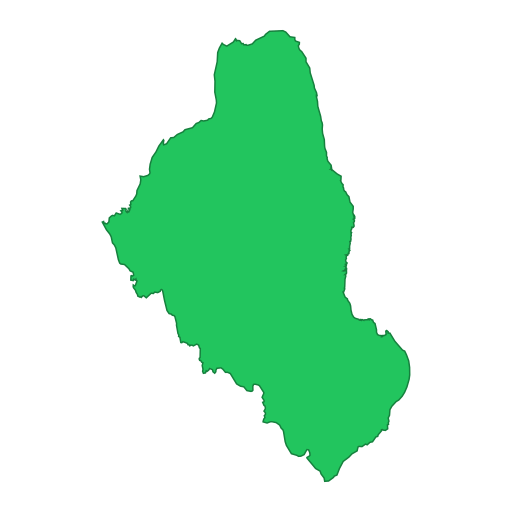 Foro, Semenawi Keyih Bahri, Eritrea
{"feature_id": "51966322B48521373855800", "entity_name": "Foro", "entity_type": "district", "adm_level": 2, "iso_a3": "ERI", "parent_name": "Eritrea", "parent_adm1": "Semenawi Keyih Bahri", "projection": "equal_earth", "projection_center": [39.538, 15.185], "detail": "fine", "context": "isolated", "style": "filled", "palette": "green", "viewbox_px": 512, "rotation_deg": 0, "n_neighbors": 0, "source": "geoboundaries", "source_scale": "gbopen_adm2", "svg_char_len": 6080}
<svg xmlns="http://www.w3.org/2000/svg" viewBox="0 0 512 512"><path d="M263.1,421.9L267.1,423.0L270.1,421.8L272.0,421.7L276.2,422.6L279.7,425.1L281.2,428.2L282.9,429.8L283.5,431.4L285.2,441.7L286.4,445.4L291.4,453.7L296.8,455.3L298.5,456.3L300.8,456.2L304.1,454.6L306.9,449.6L308.6,449.8L309.8,452.8L310.0,455.2L309.4,456.0L306.9,457.5L307.0,458.1L315.6,468.5L320.1,471.1L321.1,474.0L324.1,478.0L324.7,481.3L328.6,481.0L333.5,477.4L334.3,476.1L336.9,475.1L339.5,468.4L343.2,461.4L348.9,457.1L352.0,453.8L357.1,450.9L358.0,447.0L358.9,446.4L362.0,446.6L365.5,444.1L367.2,444.8L370.0,442.3L372.5,441.8L375.9,436.9L377.7,436.4L378.2,434.7L381.6,430.7L381.5,429.7L382.3,429.5L383.2,430.1L385.4,430.4L387.7,428.8L387.4,424.9L388.5,424.4L388.3,422.8L388.9,421.2L388.2,418.0L389.5,415.3L389.9,409.7L391.8,406.3L396.1,401.6L398.8,400.0L402.2,396.2L404.6,392.3L406.9,387.0L409.1,379.3L409.7,375.0L409.6,367.4L408.7,360.9L406.5,354.9L404.7,351.1L402.5,350.1L394.8,341.2L389.9,333.1L388.1,333.0L388.2,331.8L386.7,330.5L385.8,331.1L386.1,334.5L384.4,335.5L382.9,335.5L382.8,336.2L381.9,336.8L381.4,336.8L381.5,335.6L379.0,335.4L377.5,334.5L376.5,332.3L376.5,329.8L375.0,323.5L373.5,322.4L372.6,320.0L371.8,320.0L370.4,318.8L369.1,318.9L369.0,319.7L368.1,319.0L367.7,319.7L364.2,319.9L363.9,320.4L362.3,319.6L361.8,319.6L361.6,320.3L362.0,320.4L361.6,320.5L360.7,319.8L360.5,320.9L360.4,319.9L359.3,320.1L359.0,319.4L355.3,318.3L353.7,317.2L352.0,314.3L351.0,310.2L350.6,305.9L349.8,303.3L347.6,300.2L347.4,298.9L345.1,297.1L343.1,292.1L343.6,292.1L344.8,288.8L344.3,288.1L344.7,287.3L345.0,279.2L345.8,276.0L345.4,275.0L345.9,274.2L345.3,274.3L346.4,273.2L346.6,271.9L346.2,271.5L346.6,269.8L346.3,269.3L345.5,269.4L344.8,270.5L343.9,271.0L343.4,270.9L344.7,270.3L345.2,269.1L346.0,268.4L346.0,268.9L346.5,268.9L346.6,268.3L345.8,267.5L345.9,266.3L345.5,266.2L346.3,265.9L346.4,264.7L344.8,264.4L346.7,263.8L347.1,263.0L345.9,261.9L345.6,259.8L346.4,258.6L346.1,257.7L346.5,255.4L345.8,255.0L346.6,254.8L346.9,255.6L347.8,255.1L348.3,253.3L348.9,253.4L349.1,251.2L349.7,250.6L349.3,250.4L349.5,249.7L348.9,249.0L349.6,248.8L349.6,246.0L350.2,243.4L349.8,241.5L350.6,241.4L351.0,239.2L350.8,237.2L351.3,235.4L351.0,234.0L351.6,232.5L350.9,232.1L350.9,230.5L351.7,228.9L351.8,227.3L352.6,227.5L352.9,226.6L352.9,227.4L353.3,227.3L354.1,226.1L353.5,222.4L354.3,221.7L354.4,220.3L353.3,219.2L354.6,218.6L354.1,218.0L354.9,217.1L354.5,216.0L354.1,216.3L354.1,215.5L353.7,215.7L352.7,212.3L353.2,209.0L353.2,206.3L350.0,202.1L348.9,196.6L347.1,194.8L345.5,191.6L344.6,191.3L343.7,189.6L343.6,188.0L343.0,187.0L343.1,184.7L341.9,183.5L340.5,180.6L340.9,180.3L341.1,176.2L337.2,174.0L332.2,169.9L331.5,170.9L332.0,169.7L331.7,169.1L330.6,169.1L331.1,168.6L331.0,167.5L331.5,167.7L331.1,165.2L327.8,161.2L327.1,158.7L327.2,157.4L326.5,156.0L326.5,152.4L324.9,148.3L324.6,146.3L324.3,139.6L322.6,133.4L322.2,129.1L322.5,125.0L322.1,122.7L321.3,120.8L320.6,116.2L317.8,106.4L317.5,101.5L316.4,96.6L316.4,94.3L316.7,96.1L317.1,95.8L316.5,92.7L314.4,88.0L314.1,85.3L310.2,72.8L309.7,68.0L306.0,61.8L306.0,58.2L301.7,51.6L299.9,50.1L298.9,48.4L298.3,45.8L299.3,44.2L299.4,42.4L295.5,41.0L294.8,39.6L294.8,37.5L290.0,36.8L285.8,32.1L282.9,30.7L269.5,31.3L265.5,34.4L264.4,36.1L255.7,40.2L252.3,43.9L248.0,45.3L246.3,45.2L246.1,44.6L243.9,44.9L243.1,43.5L241.6,43.7L239.7,40.7L237.1,40.4L236.6,40.8L236.2,39.8L235.5,40.0L235.8,39.0L235.5,38.7L233.4,42.0L226.8,46.1L223.4,44.5L222.1,43.2L219.4,48.0L217.7,52.5L217.2,61.8L214.3,74.8L215.0,81.2L214.8,92.1L216.3,99.9L216.5,103.0L214.5,111.9L212.3,117.1L211.3,118.3L208.6,119.0L207.6,120.2L203.6,121.0L201.1,120.5L198.9,122.5L196.2,123.5L192.5,127.7L185.0,129.7L183.0,131.9L177.3,134.5L173.8,137.5L170.7,137.8L166.6,143.8L163.7,144.8L163.3,143.4L163.8,140.4L163.4,139.8L158.9,146.0L156.0,151.9L152.2,157.4L150.2,164.1L149.5,169.2L150.0,172.7L149.6,173.9L147.9,175.4L143.6,176.7L140.1,176.1L140.8,179.8L140.2,183.9L137.0,190.5L136.7,194.0L135.8,196.1L132.8,200.7L131.4,200.9L130.6,202.0L130.8,204.6L129.7,205.1L130.5,206.2L130.7,207.4L130.4,208.0L128.4,208.3L128.4,209.0L129.6,209.0L129.9,209.6L128.8,212.0L128.3,212.0L127.8,210.9L127.1,212.5L126.4,211.9L125.9,211.0L126.1,209.2L125.6,208.5L121.9,208.4L122.6,210.4L120.9,210.8L121.9,212.0L122.0,212.9L120.3,214.4L116.2,213.0L114.4,215.8L112.5,215.4L111.3,216.1L109.3,217.9L108.9,221.9L107.1,223.8L106.0,223.9L105.0,223.1L104.1,223.6L103.6,221.5L102.3,222.1L106.4,229.7L109.9,234.2L111.2,236.8L112.5,242.9L114.3,244.9L115.8,247.8L118.4,259.7L119.7,263.1L120.8,264.0L124.5,264.5L128.9,268.7L130.1,270.8L133.1,272.2L133.7,275.2L132.4,276.1L131.5,275.6L131.0,275.9L130.8,280.1L133.2,280.6L133.8,279.1L135.1,280.0L135.9,279.0L136.2,280.3L137.0,280.9L135.3,285.6L134.5,285.9L133.3,285.0L133.2,286.5L133.5,287.7L135.5,290.3L136.1,292.3L137.5,294.6L137.8,296.1L140.1,297.2L141.0,296.7L141.4,297.3L142.7,295.9L143.8,295.7L146.3,297.8L151.2,293.2L153.4,293.5L154.7,292.1L157.7,292.6L160.2,291.3L160.6,290.0L161.3,289.5L162.0,289.7L162.7,291.0L164.5,300.3L167.0,310.5L169.1,313.6L171.5,314.2L172.2,315.2L174.1,315.6L174.9,316.6L176.6,323.3L176.5,325.3L178.0,333.6L178.8,334.9L178.6,336.4L179.9,337.3L180.8,342.5L181.8,342.7L182.8,341.7L185.3,342.5L187.4,343.4L188.0,344.7L188.8,344.6L189.8,345.9L190.7,345.1L192.3,345.2L193.3,345.9L196.7,344.1L198.6,345.1L199.5,347.9L200.3,348.5L200.1,357.6L199.3,358.3L199.2,359.1L199.7,360.4L200.7,360.5L201.6,362.1L202.9,362.7L202.2,365.6L203.0,369.2L202.6,371.3L203.4,373.3L205.5,372.9L206.2,370.8L207.0,371.4L208.6,370.2L209.7,368.5L212.5,369.7L213.0,371.8L214.7,373.2L215.8,371.8L215.9,370.2L216.9,368.3L221.0,367.8L223.0,369.3L225.4,372.3L227.5,372.3L230.3,373.5L236.6,383.9L240.5,386.2L243.8,386.8L246.9,390.6L251.0,391.4L252.3,391.0L252.9,390.2L252.8,386.4L253.5,384.4L255.2,384.2L258.4,385.0L259.6,385.9L263.8,392.5L263.7,393.6L262.1,397.3L264.1,400.5L264.1,401.7L262.7,402.3L264.0,405.4L264.9,406.0L265.3,407.3L265.3,409.0L264.0,411.1L265.4,412.8L265.4,414.5L264.3,415.6L264.9,417.6L263.8,419.0L263.1,421.4L263.1,421.9Z" fill="#22c55e" stroke="#15803d" stroke-width="1.5"/></svg>